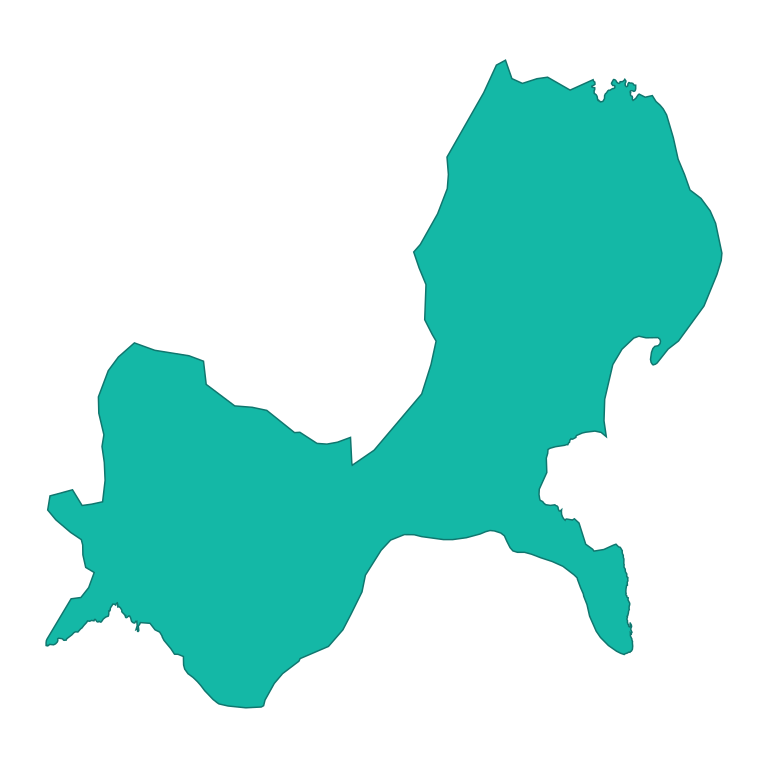 the district of Kabare, Sud-Kivu, Democratic Republic of the Congo
{"feature_id": "63176286B3160723083670", "entity_name": "Kabare", "entity_type": "district", "adm_level": 2, "iso_a3": "COD", "parent_name": "Democratic Republic of the Congo", "parent_adm1": "Sud-Kivu", "projection": "equal_earth", "projection_center": [28.728, -2.413], "detail": "fine", "context": "isolated", "style": "filled", "palette": "teal", "viewbox_px": 768, "rotation_deg": 0, "n_neighbors": 0, "source": "geoboundaries", "source_scale": "gbopen_adm2", "svg_char_len": 5961}
<svg xmlns="http://www.w3.org/2000/svg" viewBox="0 0 768 768"><path d="M606.3,436.7L604.0,420.8L604.7,399.3L612.8,364.6L622.0,349.2L633.7,338.1L638.9,336.2L646.0,337.8L657.9,337.6L659.8,339.1L660.5,341.1L660.1,343.6L658.2,345.7L654.8,346.4L652.9,348.5L651.5,352.3L650.5,359.4L651.1,362.4L652.3,364.2L653.1,364.9L655.4,364.2L657.1,363.0L668.2,349.0L678.5,341.0L704.0,306.0L717.0,274.3L721.2,260.6L721.9,253.2L715.6,223.3L710.2,210.9L701.0,198.4L690.0,190.0L684.6,174.7L678.1,159.1L673.3,137.6L666.6,114.9L663.2,108.9L660.1,105.2L656.0,101.5L652.3,95.6L645.2,97.2L639.1,94.1L638.1,94.9L635.8,98.3L633.1,100.4L632.3,99.2L632.4,97.9L632.5,97.7L632.2,96.3L631.3,96.0L630.6,95.4L630.4,93.6L630.7,92.7L630.2,92.5L630.2,91.3L631.0,90.7L632.4,90.7L633.9,91.4L634.9,90.9L635.4,90.1L635.7,88.7L635.7,85.2L634.1,85.1L632.8,83.4L631.1,83.0L630.1,83.2L629.5,82.7L628.8,82.6L627.9,84.0L627.8,85.5L627.4,86.3L626.3,86.7L625.4,85.7L625.2,85.1L625.3,85.0L625.1,83.5L625.9,81.8L625.9,80.9L624.8,79.3L624.0,80.5L622.5,81.6L620.1,81.7L619.8,82.9L619.0,83.4L618.3,83.3L616.9,82.3L615.8,80.5L614.8,79.7L613.7,79.5L613.4,79.7L611.6,82.9L611.5,83.7L612.8,85.5L614.1,85.5L614.8,85.9L614.9,87.0L614.7,87.9L613.7,88.6L613.2,88.4L612.0,88.9L610.0,90.2L608.7,90.2L607.8,90.9L606.4,93.0L605.4,93.8L604.6,95.6L604.5,98.6L603.3,100.7L602.8,101.4L600.6,101.9L600.3,101.9L599.6,101.0L598.7,100.8L598.6,100.1L598.4,100.0L598.1,100.4L597.7,100.0L597.2,96.8L596.7,95.6L596.1,94.7L594.2,93.3L594.1,90.6L594.6,90.0L594.8,89.0L594.7,87.7L593.1,87.6L591.8,86.9L591.8,86.2L593.8,85.2L595.0,84.3L594.8,82.1L594.0,81.6L593.4,80.7L593.1,79.7L570.1,90.1L547.6,77.2L537.0,78.7L522.4,83.4L511.9,78.6L505.5,60.2L496.4,65.1L483.7,92.7L447.0,157.1L448.4,174.5L447.3,188.6L437.6,213.8L420.3,244.5L413.7,252.0L419.1,267.9L426.0,284.6L424.7,319.7L432.2,334.4L436.1,341.1L431.0,364.6L421.7,394.0L374.1,450.2L352.3,465.2L351.8,463.1L350.5,437.4L337.5,442.2L326.9,444.1L317.0,443.4L299.9,432.3L294.5,432.6L266.8,410.4L252.2,407.3L234.7,405.9L206.2,384.4L203.5,361.2L189.1,355.8L154.8,350.3L134.4,342.9L118.4,357.0L108.3,370.6L98.4,396.9L98.8,413.2L103.9,434.8L102.0,446.5L104.3,462.4L105.1,480.4L102.6,501.8L91.5,504.2L82.1,505.5L72.5,489.8L50.0,495.9L47.7,510.0L55.8,519.8L70.6,532.4L81.3,539.6L82.7,545.0L82.9,554.9L85.7,567.4L94.2,572.5L88.7,587.6L80.9,597.5L71.1,598.8L47.2,638.8L46.4,640.5L46.1,642.7L46.1,645.3L46.9,645.1L47.1,645.9L48.1,645.7L49.7,644.4L53.6,644.8L55.5,643.9L57.2,642.1L57.8,640.8L57.7,638.8L58.7,638.2L62.1,638.7L63.1,639.4L63.5,640.1L64.2,640.3L66.2,640.1L66.5,639.2L67.1,638.5L71.8,634.9L74.0,632.6L75.5,631.8L77.9,632.0L80.6,628.9L81.9,628.0L84.0,625.3L86.6,622.5L87.5,621.0L89.8,621.2L91.5,620.4L94.0,620.8L94.5,619.5L95.4,619.5L96.9,621.6L98.0,622.0L99.0,621.3L100.4,622.1L101.3,621.9L103.4,618.9L105.7,617.1L108.3,616.1L108.7,614.7L108.9,610.8L109.7,610.3L109.9,610.6L110.2,610.1L110.4,608.0L112.9,604.1L114.4,604.2L115.7,605.1L116.3,603.5L117.3,602.9L117.9,605.2L117.7,605.9L117.9,607.0L119.0,606.6L120.3,607.7L121.8,610.1L121.8,611.5L122.2,612.3L123.8,613.8L124.8,615.2L125.7,615.4L125.3,616.7L125.8,617.5L126.7,617.6L128.9,615.9L129.7,616.1L130.7,618.1L131.4,620.9L132.0,621.8L133.3,622.8L134.7,623.0L135.7,621.4L136.1,621.7L136.8,621.3L137.2,625.7L136.0,629.6L137.4,628.9L137.8,629.3L137.5,631.1L137.7,631.4L138.0,631.5L138.6,631.0L138.8,630.4L138.3,626.0L139.5,624.6L140.4,622.6L150.0,623.3L155.0,629.8L159.7,632.1L162.2,636.2L162.1,636.7L164.0,640.4L170.8,648.6L174.5,654.2L178.0,654.3L183.4,656.5L183.6,665.0L184.7,669.1L188.0,673.7L192.9,677.3L197.4,681.6L200.8,685.5L204.7,690.7L213.1,699.5L217.0,702.6L218.9,703.9L228.1,706.0L245.8,707.8L261.3,707.0L263.6,705.7L265.0,700.1L274.3,683.4L282.6,673.6L298.9,661.2L300.1,658.6L328.5,646.4L342.9,629.8L351.0,614.2L362.0,591.9L365.4,575.2L381.1,550.3L390.6,540.1L404.3,534.6L414.1,534.7L421.6,536.6L443.6,539.6L452.6,539.6L466.4,537.7L480.1,534.0L485.6,531.7L490.0,530.5L494.3,530.9L500.8,533.0L504.4,535.8L506.7,541.0L510.1,547.7L512.9,550.9L517.4,552.3L524.5,552.3L531.5,554.2L540.6,557.7L552.2,561.5L562.9,566.3L574.0,574.8L577.2,577.9L577.4,579.1L580.5,587.5L583.3,593.9L583.7,596.2L587.0,604.6L589.6,616.2L596.2,631.2L600.5,637.5L608.4,645.5L616.5,651.2L620.7,653.3L624.2,654.5L625.2,653.7L627.2,653.1L628.5,652.3L629.1,652.1L629.9,652.3L630.8,651.3L631.4,651.1L632.4,649.3L632.7,646.1L632.4,642.9L632.5,641.3L631.9,640.2L631.9,639.0L630.6,636.4L630.3,635.0L630.5,634.6L630.4,633.1L630.7,633.5L630.9,634.3L631.3,634.3L631.3,633.4L632.0,632.3L630.8,629.7L630.9,628.2L631.6,626.7L631.4,625.1L629.9,622.5L630.4,624.5L630.3,626.6L629.4,626.9L628.8,626.4L628.6,626.0L628.7,624.8L628.0,624.3L627.7,622.9L627.4,622.7L627.5,620.7L626.8,619.1L627.4,617.4L627.3,616.8L627.0,616.4L627.1,616.1L627.7,615.8L628.4,613.0L628.5,611.4L629.3,609.4L629.1,608.8L629.1,607.2L629.4,605.3L629.7,605.0L629.7,603.2L628.0,599.9L628.2,597.8L627.0,597.1L626.7,596.5L626.7,595.6L625.9,594.8L625.9,593.7L626.2,593.2L625.8,592.4L626.0,588.9L626.6,585.4L627.4,585.2L627.2,582.1L627.9,580.9L627.7,578.6L628.0,577.9L627.5,577.1L626.7,576.7L626.8,574.0L625.4,571.7L625.2,569.1L624.0,567.2L624.1,564.3L623.8,563.7L623.9,559.5L623.8,558.6L623.3,557.5L623.3,555.3L622.4,553.6L622.2,551.8L622.3,550.8L620.3,547.4L618.5,546.8L616.0,544.2L613.7,545.0L603.8,549.5L594.0,551.1L592.6,549.2L585.7,544.2L579.0,523.0L574.4,518.8L572.4,520.0L566.6,519.0L565.4,519.5L565.1,520.2L563.5,518.6L562.4,516.6L561.6,514.3L561.4,511.4L561.6,509.7L560.1,511.1L559.1,510.8L558.2,508.9L558.1,507.5L557.9,507.0L557.1,506.0L555.6,505.5L554.9,504.8L550.4,505.4L545.7,504.7L543.6,502.9L542.7,501.6L540.2,500.3L539.7,499.0L539.0,494.4L539.3,489.1L546.8,472.5L546.3,458.1L547.7,453.4L548.0,449.5L549.9,448.3L555.5,446.7L564.6,445.3L566.6,444.6L567.8,444.7L568.6,442.9L569.5,442.3L569.9,440.1L570.8,439.2L571.1,438.7L571.7,439.1L572.7,439.1L575.9,437.4L575.9,436.4L576.7,435.4L582.3,433.0L585.8,432.2L594.9,431.1L601.1,432.4L606.3,436.7Z" fill="#14b8a6" stroke="#0f766e" stroke-width="1.5"/></svg>